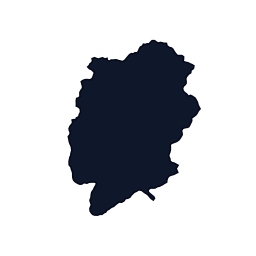 outline of Carmo da Cachoeira, Minas Gerais, Brazil, rotated 299°
{"feature_id": "56859067B43602016556704", "entity_name": "Carmo da Cachoeira", "entity_type": "district", "adm_level": 2, "iso_a3": "BRA", "parent_name": "Brazil", "parent_adm1": "Minas Gerais", "projection": "mercator", "projection_center": [-45.2, -21.454], "detail": "fine", "context": "isolated", "style": "filled", "palette": "ink", "viewbox_px": 256, "rotation_deg": 299, "n_neighbors": 0, "source": "geoboundaries", "source_scale": "gbopen_adm2", "svg_char_len": 3152}
<svg xmlns="http://www.w3.org/2000/svg" viewBox="0 0 256 256"><g transform="rotate(299 128 128)"><path d="M194.7,94.8L192.9,93.8L190.7,93.3L188.0,92.8L185.8,92.4L183.6,91.2L183.0,89.2L182.4,87.0L182.0,84.6L180.6,82.6L179.2,80.2L177.3,79.1L177.3,77.1L178.8,75.9L177.2,74.3L177.1,71.7L175.4,70.0L174.0,68.7L173.6,67.0L173.3,64.6L171.3,62.9L169.2,64.5L167.4,64.4L165.7,63.6L164.0,63.8L161.9,63.1L161.1,65.6L161.4,67.4L160.9,69.6L160.1,71.8L157.6,72.2L155.5,72.6L153.6,72.6L151.7,71.3L150.3,68.2L149.2,66.7L147.6,65.4L145.9,64.6L144.0,66.4L142.7,67.8L140.8,68.9L138.1,68.6L135.9,68.6L134.1,69.6L132.2,70.7L130.2,70.0L129.0,68.7L126.6,69.6L123.9,71.3L122.1,72.1L122.3,74.5L121.7,76.8L118.8,78.8L116.5,78.8L113.9,79.4L111.8,77.9L110.0,78.3L109.0,76.5L107.9,75.2L105.8,77.0L103.7,76.8L101.3,76.4L98.9,76.7L97.3,78.0L95.8,79.9L93.6,80.3L91.6,79.9L89.6,81.6L87.1,83.7L85.6,85.5L84.7,86.9L83.0,88.4L81.1,89.7L78.5,90.3L76.0,91.3L74.4,91.3L72.4,91.9L69.8,92.8L67.1,94.5L66.3,96.8L64.8,98.2L63.3,99.9L61.9,101.4L59.9,102.5L57.7,103.9L56.0,105.7L55.3,108.1L55.2,111.0L55.5,113.3L56.7,114.9L58.8,115.9L59.8,118.9L61.5,120.1L62.7,121.7L63.6,123.3L64.5,124.9L64.7,127.1L62.4,127.6L59.4,127.5L57.5,127.8L55.6,127.5L53.9,127.5L51.3,128.4L49.1,129.4L46.4,129.7L44.4,131.6L43.1,133.2L41.4,133.4L39.1,133.7L36.9,135.2L35.8,137.4L35.3,139.1L35.6,141.0L37.1,143.8L38.9,145.3L39.8,147.1L42.2,148.1L43.7,149.3L45.8,149.4L47.5,150.6L49.1,151.2L50.6,152.0L52.6,153.5L55.7,154.6L58.8,156.0L60.0,158.5L62.4,159.9L64.9,160.0L66.6,162.0L68.3,163.2L70.4,163.4L72.3,163.9L74.1,164.4L75.6,165.2L77.2,166.4L79.2,167.4L80.1,170.6L79.7,172.5L79.5,174.5L79.4,176.8L79.0,178.5L78.3,180.1L77.5,182.5L77.2,185.1L79.4,185.3L80.4,183.8L80.7,182.0L81.1,180.0L81.5,177.9L82.5,176.0L84.8,175.9L86.6,177.1L87.4,178.8L88.7,180.8L90.8,182.0L92.3,183.7L94.0,184.9L95.5,185.9L97.2,186.7L99.3,188.1L101.6,187.2L103.6,186.8L106.1,187.3L108.1,189.0L109.5,190.5L111.6,191.9L113.3,193.1L114.8,191.2L115.9,189.7L117.7,189.9L119.7,189.9L119.7,187.9L119.7,185.5L119.1,183.1L119.4,180.9L121.5,179.5L122.7,177.7L124.4,176.7L126.7,176.4L129.4,175.7L131.8,174.4L133.8,173.1L135.7,173.6L137.6,175.3L140.0,177.3L142.6,178.4L145.5,178.7L148.3,178.7L149.9,177.7L151.3,176.3L153.8,176.0L155.8,177.6L157.3,179.6L158.6,180.6L160.5,180.6L162.7,180.5L165.2,180.3L167.4,178.8L169.8,179.9L171.9,180.9L174.0,181.3L177.0,181.2L179.7,181.8L180.9,179.9L182.1,178.2L183.6,176.8L184.7,175.5L185.6,174.0L186.7,172.2L187.0,169.2L186.9,166.8L185.1,165.4L186.2,162.8L186.6,159.8L187.7,157.8L189.4,156.4L191.7,156.3L193.5,157.0L195.2,157.2L197.2,156.1L199.0,154.7L200.8,154.3L202.9,154.6L204.8,155.0L206.6,156.1L209.1,155.2L211.8,156.4L214.4,155.5L214.5,153.1L214.2,151.0L214.2,149.0L213.5,146.8L213.0,143.9L215.2,143.2L217.3,142.1L217.5,140.0L216.5,138.2L215.4,136.2L216.3,133.4L217.5,131.0L218.7,129.1L219.1,127.2L218.5,125.0L218.8,122.3L220.7,120.6L219.5,118.3L218.7,115.1L216.9,113.0L217.0,111.0L217.3,108.8L216.1,106.7L213.5,105.9L211.8,105.7L211.0,103.9L209.5,102.7L208.8,100.8L206.9,100.9L204.9,99.6L202.6,99.5L199.8,99.9L197.8,99.1L197.2,97.5L195.4,96.8L194.7,94.8Z" fill="#0f172a" stroke="#020617" stroke-width="1.5"/></g></svg>